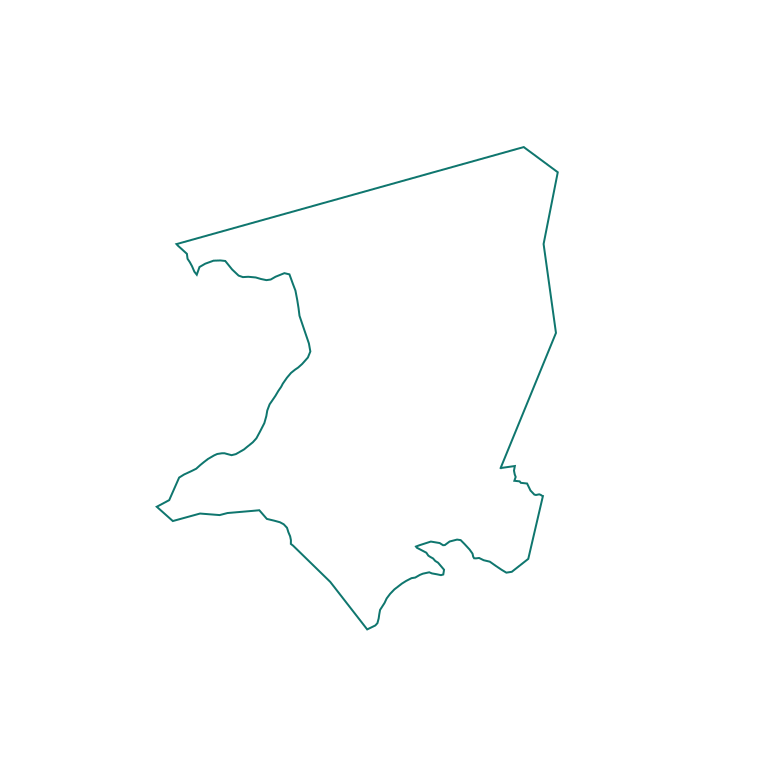 Santa Cruz de Bravo, Oaxaca, Mexico (Mercator projection), rotated 239°
{"feature_id": "50627088B21531122544022", "entity_name": "Santa Cruz de Bravo", "entity_type": "district", "adm_level": 2, "iso_a3": "MEX", "parent_name": "Mexico", "parent_adm1": "Oaxaca", "projection": "mercator", "projection_center": [-98.221, 17.572], "detail": "fine", "context": "isolated", "style": "outline", "palette": "teal", "viewbox_px": 768, "rotation_deg": 239, "n_neighbors": 0, "source": "geoboundaries", "source_scale": "gbopen_adm2", "svg_char_len": 2134}
<svg xmlns="http://www.w3.org/2000/svg" viewBox="0 0 768 768"><g transform="rotate(239 384 384)"><path d="M610.8,278.2L608.7,278.6L597.1,282.1L592.5,280.1L588.4,280.3L583.8,280.1L578.0,279.3L574.1,279.8L579.3,286.1L579.2,292.7L577.5,301.4L574.1,307.5L571.2,311.3L560.4,312.8L551.8,315.2L548.3,318.1L545.8,322.9L541.4,328.9L537.3,332.7L533.6,336.7L531.9,340.7L531.8,346.3L530.3,355.7L526.7,359.4L523.0,358.7L516.4,357.4L509.7,356.2L500.7,352.9L493.0,349.8L486.0,346.7L471.3,343.5L457.4,340.5L449.8,337.6L445.9,332.4L443.3,324.1L442.3,318.8L442.1,315.1L441.4,310.0L439.4,304.1L436.4,297.4L434.6,294.5L432.5,289.9L429.7,284.7L425.5,275.5L421.4,270.3L417.1,266.6L412.1,261.3L407.0,253.1L403.2,246.7L401.6,241.5L400.6,234.2L400.0,230.3L400.2,220.9L401.5,216.7L405.2,213.1L406.8,211.6L408.1,209.4L409.9,205.0L410.3,201.7L410.4,194.5L409.8,189.3L409.2,185.1L408.1,179.4L408.5,174.4L409.4,166.0L409.3,160.2L395.1,140.1L395.8,126.0L375.3,132.4L367.7,159.6L356.3,175.6L354.0,183.4L342.5,206.9L340.0,212.1L328.7,214.1L323.4,219.5L319.1,223.6L315.4,225.8L310.7,226.8L306.1,225.7L301.8,225.1L298.1,223.8L294.9,221.8L292.3,222.8L242.1,236.0L182.3,243.2L181.7,249.9L181.5,252.2L182.4,255.2L185.8,258.7L189.0,261.3L192.4,264.3L196.1,271.8L198.8,275.8L201.0,281.2L202.6,287.1L203.7,296.5L203.8,301.5L203.4,307.6L202.0,311.1L201.9,316.4L201.4,319.6L199.3,325.8L197.0,327.5L193.5,331.5L190.8,334.4L190.2,336.7L192.3,338.5L193.9,339.8L203.0,338.3L205.9,336.8L209.2,336.2L211.8,334.7L214.0,333.6L217.6,333.4L221.7,330.9L226.8,327.8L228.2,327.7L227.5,331.5L224.8,343.0L219.0,349.8L215.4,351.6L214.6,353.2L215.2,359.1L213.0,366.5L210.7,369.3L205.4,370.6L198.1,372.1L193.0,372.5L190.0,371.5L188.2,371.5L187.2,373.0L185.9,375.9L181.6,378.7L177.2,383.2L170.4,386.2L164.2,389.1L159.3,391.7L157.2,396.8L159.8,417.6L206.1,462.5L206.6,462.0L208.3,461.2L209.5,460.2L210.6,457.1L211.8,455.9L217.2,454.7L225.0,455.4L228.8,450.4L230.7,450.1L233.9,445.9L236.5,449.0L239.2,449.5L242.8,450.8L246.3,453.9L251.8,440.9L251.4,440.0L339.2,557.7L421.8,592.9L476.0,642.0L515.1,625.8L516.9,619.4L570.5,424.6L610.8,278.2Z" fill="none" stroke="#0f766e" stroke-width="2"/></g></svg>